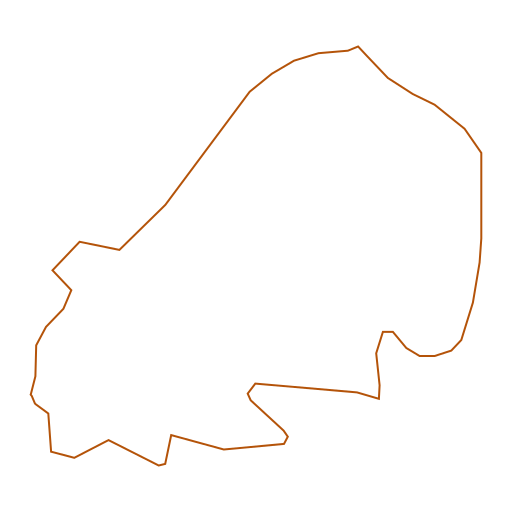 map outline of North Somerset (Mercator projection)
{"feature_id": "GBR-2045", "entity_name": "North Somerset", "entity_type": "Unitary Authority", "adm_level": 1, "iso_a3": "GBR", "parent_name": "United Kingdom", "parent_adm1": "", "projection": "mercator", "projection_center": [-2.807, 51.391], "detail": "fine", "context": "isolated", "style": "outline", "palette": "amber", "viewbox_px": 512, "rotation_deg": 0, "n_neighbors": 0, "source": "natural_earth", "source_scale": "10m", "svg_char_len": 798}
<svg xmlns="http://www.w3.org/2000/svg" viewBox="0 0 512 512"><path d="M30.7,394.6L30.8,394.4L35.4,376.3L36.2,345.3L46.0,326.9L63.4,308.8L71.3,290.2L52.5,270.3L79.6,241.8L119.4,249.9L165.3,204.9L249.7,91.7L271.9,73.7L294.0,60.7L318.5,53.2L347.9,50.7L358.1,46.5L366.7,55.7L387.9,78.0L412.9,94.1L434.6,104.7L464.6,128.8L481.3,152.9L481.3,179.6L481.3,203.7L481.3,238.5L479.6,262.5L477.6,274.5L472.9,302.6L461.3,340.0L451.3,350.6L434.6,356.0L419.6,356.0L406.3,348.0L392.9,331.9L382.9,331.9L376.2,353.3L379.6,385.3L378.9,398.8L357.0,392.4L255.3,383.6L247.7,393.6L250.7,400.3L283.6,430.6L287.8,436.7L284.0,443.9L223.8,449.5L171.2,435.1L165.2,463.9L158.7,465.5L108.5,440.1L74.3,457.8L51.1,451.7L48.3,413.5L35.5,404.1L34.8,403.2L31.8,396.0L30.7,394.6Z" fill="none" stroke="#b45309" stroke-width="2"/></svg>